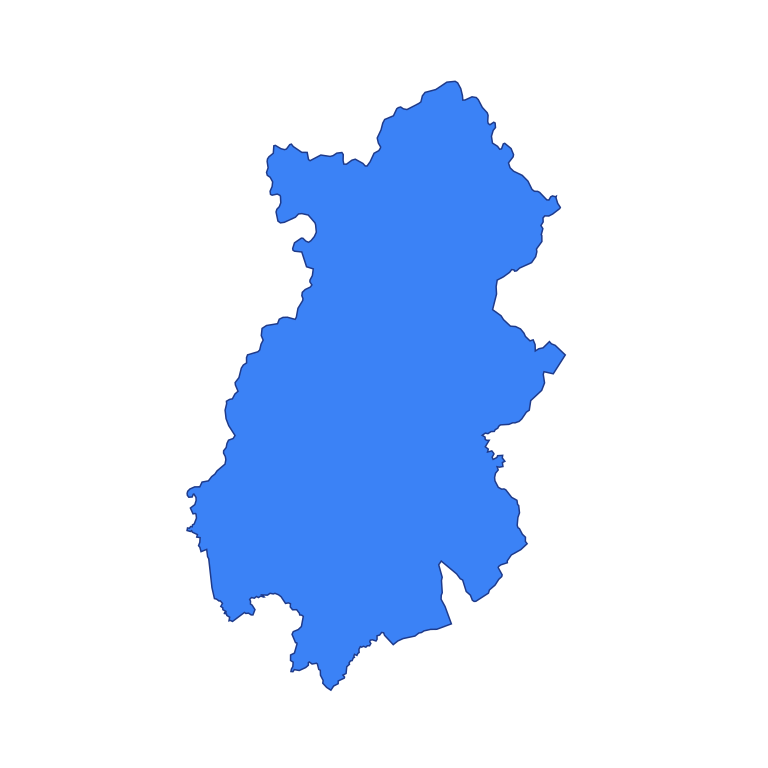 Pacula, Hidalgo, Mexico (Robinson projection), rotated 11°
{"feature_id": "50627088B29621121298920", "entity_name": "Pacula", "entity_type": "district", "adm_level": 2, "iso_a3": "MEX", "parent_name": "Mexico", "parent_adm1": "Hidalgo", "projection": "robinson", "projection_center": [-99.322, 21.003], "detail": "fine", "context": "isolated", "style": "filled", "palette": "blue", "viewbox_px": 768, "rotation_deg": 11, "n_neighbors": 0, "source": "geoboundaries", "source_scale": "gbopen_adm2", "svg_char_len": 6155}
<svg xmlns="http://www.w3.org/2000/svg" viewBox="0 0 768 768"><g transform="rotate(11 384 384)"><path d="M517.3,166.8L516.5,167.5L513.5,167.2L511.9,168.5L510.8,171.9L508.7,172.2L500.2,166.2L498.1,165.6L494.9,166.1L492.2,164.8L486.6,157.4L479.9,152.8L470.6,150.4L466.5,147.7L464.0,143.2L467.4,136.4L467.4,134.1L463.8,128.6L456.6,124.7L455.3,125.5L454.5,130.7L452.8,131.5L450.1,129.0L444.5,126.8L442.2,120.3L442.8,114.2L444.5,111.0L443.3,106.6L441.8,106.1L438.5,109.3L436.6,108.4L435.7,106.4L434.9,100.4L433.6,98.1L427.7,93.7L422.3,86.9L419.9,85.2L415.6,85.3L409.3,89.8L407.2,90.3L406.0,86.0L403.0,79.4L398.8,74.3L396.1,73.3L388.1,75.7L378.6,85.1L368.7,89.9L366.7,93.8L366.4,100.0L364.8,101.8L354.2,110.2L350.5,110.2L347.5,108.9L345.3,110.0L344.0,111.4L342.1,118.9L334.2,124.2L333.0,128.1L332.6,135.1L330.4,143.8L332.5,148.6L335.5,152.0L335.4,153.3L334.4,155.9L330.2,159.4L328.0,168.4L325.8,173.2L324.0,173.6L321.2,171.5L312.9,168.8L309.8,170.4L305.2,175.4L302.6,175.8L301.2,172.4L300.2,166.5L298.5,164.8L293.6,166.4L290.4,169.6L287.7,170.9L278.3,171.3L268.8,178.9L267.1,178.1L264.4,171.3L259.1,172.3L249.6,168.2L247.3,166.2L245.8,167.0L243.4,172.0L241.7,172.9L238.0,172.7L231.8,170.5L230.4,171.2L231.3,178.6L227.7,182.9L226.7,185.3L226.8,187.8L229.0,193.9L228.3,198.7L229.6,201.4L232.8,202.8L236.1,206.8L236.5,211.5L235.4,216.5L236.4,219.5L238.1,220.0L243.0,217.9L245.9,218.7L246.6,219.7L248.1,225.8L247.4,229.9L245.5,232.9L245.2,235.7L248.8,244.3L251.6,245.6L255.3,244.3L265.2,237.2L267.6,233.4L270.9,232.4L277.4,232.6L285.4,238.9L286.5,240.8L288.6,247.9L287.5,252.6L285.0,257.2L282.9,259.3L279.9,258.6L276.6,256.4L275.0,256.6L269.2,262.5L268.5,268.4L269.1,270.0L270.8,270.7L278.1,270.1L285.6,283.7L292.6,284.5L293.0,291.3L291.5,296.1L291.8,297.9L294.3,300.5L293.2,302.9L288.6,306.3L286.3,309.6L286.5,313.0L288.1,315.5L288.3,317.5L285.1,326.1L285.2,335.2L284.4,337.5L276.4,336.9L272.1,337.9L268.8,340.4L268.0,345.1L257.5,349.0L253.7,352.7L254.3,359.9L257.0,364.0L255.7,368.4L255.5,374.3L254.1,376.4L244.5,381.4L244.0,384.4L245.1,389.5L242.3,392.2L240.9,395.7L240.4,405.4L237.6,411.0L238.3,413.3L242.1,419.0L239.6,422.2L238.0,427.5L235.3,428.6L232.6,431.0L233.3,433.4L233.0,440.0L235.6,448.2L239.5,454.5L247.6,463.0L246.3,466.3L242.1,468.8L241.2,472.3L241.2,476.5L239.3,480.1L239.7,482.5L242.1,485.5L243.2,488.5L243.2,493.0L236.7,501.1L235.2,504.7L232.5,507.8L230.1,512.6L224.1,515.0L222.8,520.1L217.8,521.1L213.5,524.1L211.8,526.7L211.6,528.9L212.2,530.8L214.0,532.4L217.3,531.5L217.8,528.6L218.4,528.3L221.1,531.2L221.8,534.2L221.3,538.5L217.6,542.7L221.3,547.9L223.4,547.1L224.3,547.6L225.5,551.4L224.4,557.6L222.9,558.8L223.0,560.7L221.4,560.8L220.5,562.7L218.6,562.8L218.6,565.4L222.1,565.7L223.1,564.7L224.1,566.0L229.6,567.4L229.4,570.0L232.8,569.9L233.4,574.5L232.8,578.1L234.4,579.4L236.4,583.5L241.5,580.2L243.8,587.2L245.3,589.0L254.0,616.8L258.5,627.0L260.6,627.1L263.5,628.5L264.7,628.1L267.3,630.2L266.2,633.5L268.4,634.4L268.9,636.3L272.3,637.4L272.4,638.3L271.2,638.7L271.1,639.7L273.3,639.8L273.9,641.2L277.0,642.4L277.0,646.0L278.3,645.4L280.6,646.0L290.6,634.9L292.1,635.6L294.8,634.8L297.6,636.0L299.4,635.7L300.4,630.1L296.7,626.2L294.9,625.5L294.4,622.6L293.2,621.1L294.7,618.9L297.6,619.0L299.4,616.9L301.5,617.6L303.5,615.7L306.4,616.1L307.0,615.9L304.5,614.3L309.9,613.5L312.1,611.2L315.4,611.2L316.9,610.3L320.6,611.0L323.5,612.4L329.2,618.2L331.9,617.1L334.1,617.5L334.5,620.7L337.3,623.1L341.3,622.2L344.7,625.2L345.3,626.8L347.3,626.6L349.1,627.5L349.2,637.8L346.7,641.4L342.2,644.4L341.5,647.3L346.5,654.8L347.7,654.7L348.2,655.7L347.4,665.2L344.0,667.8L345.0,673.2L347.9,674.4L348.4,678.8L347.5,681.4L347.5,684.0L349.5,683.8L350.5,681.5L355.5,681.4L361.2,677.3L363.4,674.5L362.9,671.9L363.7,671.1L366.8,672.6L371.0,671.0L372.0,671.5L374.4,676.6L376.1,677.2L377.2,682.0L380.8,686.6L381.0,689.4L385.6,692.8L390.3,694.7L392.2,690.1L396.2,686.9L395.7,684.3L401.1,680.3L401.2,679.2L399.2,677.6L402.0,675.4L401.4,668.6L403.6,665.7L402.9,664.5L403.9,662.2L405.5,661.6L406.1,658.7L407.1,658.0L406.3,656.9L406.6,655.0L409.2,655.6L409.7,653.5L410.8,652.3L410.0,649.3L410.9,646.3L412.2,646.6L413.9,645.4L416.4,645.8L417.6,644.1L419.8,643.7L420.6,641.2L419.2,639.8L419.4,638.1L421.4,637.3L425.2,637.8L425.9,635.9L425.2,632.5L427.6,631.3L429.1,628.3L431.1,628.3L432.5,630.6L442.8,638.1L446.6,633.6L451.4,630.2L462.5,625.5L465.7,621.8L468.2,620.8L470.4,618.7L476.5,616.0L482.6,614.7L495.9,606.6L486.4,590.8L481.1,584.4L480.5,580.5L481.0,577.8L477.9,565.9L478.0,562.6L472.2,551.0L474.0,546.9L491.6,556.6L496.0,560.6L498.6,561.4L504.3,572.0L509.1,574.8L512.0,579.4L513.9,580.2L515.6,579.8L526.4,569.4L526.8,566.0L531.4,560.2L533.9,553.9L536.3,550.6L536.4,548.8L531.1,542.4L531.3,541.3L533.1,539.3L539.2,535.9L538.7,534.2L541.6,527.5L549.9,520.5L555.0,513.5L552.8,511.5L552.1,507.4L548.5,505.1L544.5,500.1L542.9,499.5L541.7,497.2L540.9,489.5L541.6,484.6L539.4,477.6L538.1,476.7L536.7,472.8L530.9,470.9L523.7,464.6L521.8,464.1L519.6,464.8L515.9,463.6L511.4,457.9L510.4,454.7L510.5,450.3L512.5,446.6L510.8,443.6L513.3,443.6L516.5,442.3L515.2,438.5L517.4,436.8L514.2,434.0L514.1,431.4L509.2,432.7L508.8,434.6L505.5,437.2L504.1,435.2L505.3,431.7L504.9,431.1L502.6,429.1L498.6,431.0L498.8,428.0L495.4,426.3L498.0,419.2L495.5,419.7L493.9,419.0L493.3,416.8L490.2,415.6L492.8,412.9L495.5,412.9L498.1,410.3L501.3,409.5L501.9,407.6L504.1,405.7L504.6,403.7L506.1,401.9L514.3,399.8L517.8,397.5L520.1,397.1L523.8,394.9L525.9,392.0L529.1,384.5L531.6,382.0L531.2,372.3L540.0,360.2L541.4,352.3L538.5,344.2L538.7,341.4L548.2,341.7L556.4,320.9L544.7,313.4L540.6,312.6L538.3,310.8L533.2,318.2L529.3,319.8L526.2,322.7L524.8,316.5L522.0,312.2L519.1,313.8L513.7,310.3L511.7,307.4L507.5,303.9L502.2,302.5L497.1,303.1L489.0,298.0L485.9,294.7L476.4,290.3L477.3,274.2L475.5,267.1L475.3,260.4L480.8,256.0L486.0,250.4L487.5,247.3L489.8,247.2L490.7,248.3L492.6,247.6L495.0,244.3L505.7,236.7L508.6,230.1L508.8,225.0L507.9,222.4L511.8,214.0L510.6,208.2L509.9,207.5L510.3,201.2L507.8,198.5L509.3,194.6L508.4,190.7L509.7,188.3L513.8,187.6L517.2,184.9L523.0,178.3L523.4,177.0L520.0,173.5L517.3,168.4L517.3,166.8Z" fill="#3b82f6" stroke="#1e3a8a" stroke-width="1.5"/></g></svg>